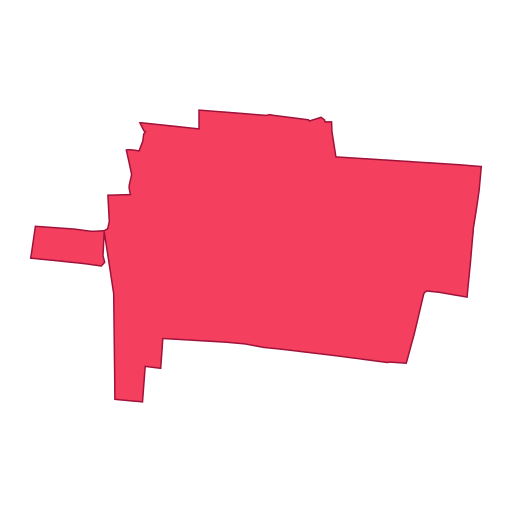 Costache Negri, Galati, Romania (Natural Earth projection)
{"feature_id": "2599482B13141455538439", "entity_name": "Costache Negri", "entity_type": "district", "adm_level": 2, "iso_a3": "ROU", "parent_name": "Romania", "parent_adm1": "Galati", "projection": "natural_earth1", "projection_center": [27.727, 45.705], "detail": "fine", "context": "isolated", "style": "filled", "palette": "rose", "viewbox_px": 512, "rotation_deg": 0, "n_neighbors": 0, "source": "geoboundaries", "source_scale": "gbopen_adm2", "svg_char_len": 1484}
<svg xmlns="http://www.w3.org/2000/svg" viewBox="0 0 512 512"><path d="M467.1,297.1L467.4,293.4L470.5,261.9L472.6,237.3L473.1,232.5L473.4,227.7L473.6,226.9L473.6,226.7L476.3,209.9L478.8,192.6L479.2,189.7L480.7,173.1L481.3,166.5L473.1,165.9L462.7,165.0L458.7,164.7L335.9,156.9L333.9,144.0L331.9,131.2L331.6,121.9L325.7,121.9L325.0,121.9L324.6,120.0L321.1,117.3L309.3,121.0L308.5,119.8L272.4,115.2L270.1,114.6L265.9,115.4L252.4,114.3L199.0,110.1L199.0,128.9L185.0,127.4L141.6,122.8L139.9,122.8L143.9,130.8L145.4,131.6L143.8,134.0L143.6,134.8L142.8,141.0L142.0,143.2L139.0,151.0L138.1,150.8L135.5,150.3L135.2,150.3L131.1,149.8L130.3,149.8L128.2,149.7L126.3,150.0L128.8,161.2L131.2,172.3L131.6,174.7L129.2,185.4L129.1,187.8L129.7,191.3L130.4,194.6L107.9,195.2L109.3,221.5L107.7,228.7L104.2,230.7L93.9,231.3L90.2,231.2L74.7,229.1L39.9,226.6L35.4,226.3L34.8,230.5L33.2,241.4L31.5,253.1L30.7,258.2L30.9,258.2L37.2,258.8L42.0,259.3L54.6,260.5L69.5,262.1L78.7,263.0L87.2,264.0L101.3,266.0L104.7,262.3L103.0,255.9L104.2,231.6L108.3,258.2L113.7,293.8L114.8,387.4L114.8,393.4L114.9,399.3L119.5,399.8L125.3,400.3L132.4,401.0L137.6,401.4L142.5,401.9L145.2,366.4L160.7,368.3L162.2,347.5L162.8,338.5L226.1,342.2L244.9,343.9L263.6,347.4L278.5,348.9L315.6,353.3L334.1,355.5L381.3,361.7L387.2,362.5L390.0,362.1L406.2,363.2L406.9,360.9L414.4,333.4L423.8,293.7L424.9,292.2L426.9,291.0L439.2,292.3L446.2,293.5L455.8,295.2L459.7,295.8L467.1,297.1Z" fill="#f43f5e" stroke="#9f1239" stroke-width="1.5"/></svg>